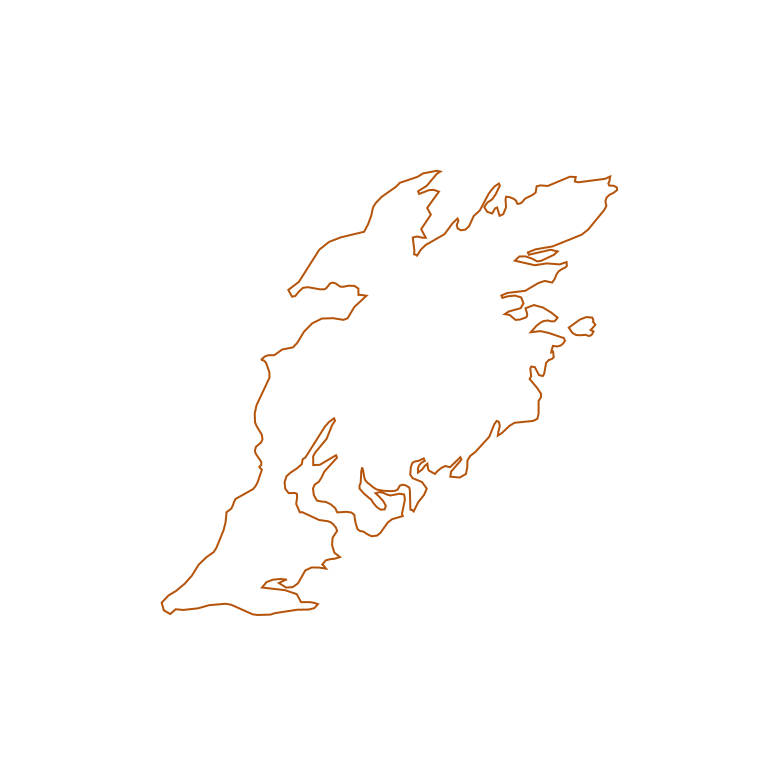 the County of Donegal, rotated 157°
{"feature_id": "IRL-729", "entity_name": "Donegal", "entity_type": "County", "adm_level": 1, "iso_a3": "IRL", "parent_name": "Ireland", "parent_adm1": "", "projection": "equal_earth", "projection_center": [-7.962, 54.925], "detail": "fine", "context": "isolated", "style": "outline", "palette": "amber", "viewbox_px": 768, "rotation_deg": 157, "n_neighbors": 0, "source": "natural_earth", "source_scale": "10m", "svg_char_len": 6061}
<svg xmlns="http://www.w3.org/2000/svg" viewBox="0 0 768 768"><g transform="rotate(157 384 384)"><path d="M579.3,327.4L573.2,329.0L570.5,331.4L568.1,334.1L565.5,336.2L545.5,338.4L541.8,340.4L538.7,343.0L529.9,352.8L531.2,356.2L530.4,356.9L528.7,357.3L527.4,360.1L529.3,370.0L528.9,373.2L526.7,375.8L526.2,376.3L520.0,378.2L517.5,380.5L516.3,385.1L517.7,395.0L517.7,399.1L514.5,407.4L509.6,414.3L486.9,434.6L484.9,439.8L484.3,449.5L485.3,452.4L487.0,453.8L487.0,454.6L482.9,455.9L479.6,455.8L473.7,453.4L464.3,455.5L453.5,453.3L447.9,455.7L437.0,463.5L426.3,467.9L415.6,468.5L405.2,464.5L396.3,458.9L391.9,458.7L381.2,466.5L365.6,472.1L370.8,475.2L372.7,476.0L370.3,481.9L372.9,485.9L378.1,488.3L383.5,489.4L386.2,490.7L389.3,495.6L391.8,497.5L394.4,497.6L399.3,494.9L401.7,494.4L406.0,496.2L416.1,502.8L421.0,504.2L426.3,502.3L431.2,499.7L434.5,500.3L435.3,508.0L422.4,511.3L391.1,532.9L379.0,536.3L366.7,535.9L342.8,531.9L336.2,537.3L329.8,544.1L325.9,549.8L324.3,551.5L320.7,553.9L313.0,557.2L296.2,560.8L290.5,563.1L290.2,563.1L289.5,562.9L272.1,561.6L265.7,562.6L252.0,559.6L249.1,557.5L253.1,556.9L267.3,549.7L277.4,548.1L277.4,545.2L267.0,544.9L262.4,543.3L258.3,539.6L275.5,529.2L274.7,521.6L289.3,512.0L288.4,502.3L291.8,503.8L294.0,505.6L296.4,507.0L300.3,507.6L303.9,495.0L305.6,491.7L304.6,490.8L304.3,490.7L304.1,490.5L303.4,489.2L297.4,493.4L291.2,495.7L269.7,498.3L258.2,505.1L251.7,507.6L251.7,505.2L255.0,501.8L255.4,498.3L253.2,495.5L248.7,494.3L244.0,496.0L235.9,503.5L227.9,506.4L213.2,518.3L208.9,520.8L204.5,522.8L199.9,523.6L199.9,521.2L207.6,514.6L212.4,511.7L218.3,510.5L222.6,507.6L221.7,502.1L217.8,498.7L213.1,502.3L210.9,502.3L211.9,493.7L207.9,493.7L202.6,499.0L200.0,506.4L198.4,508.7L195.1,506.7L192.1,503.6L190.7,500.9L191.0,499.1L190.7,497.6L188.2,497.0L186.1,497.3L182.8,499.0L180.9,499.6L173.3,500.0L169.6,501.0L166.2,506.4L162.2,505.6L155.9,502.3L132.1,502.2L126.6,499.6L129.2,495.8L126.2,493.7L100.3,486.5L94.7,486.6L95.8,485.1L96.5,483.7L97.4,482.4L99.1,481.0L99.1,478.6L95.0,476.7L92.9,474.0L93.7,471.4L98.0,470.3L102.6,470.0L106.3,468.6L108.8,465.7L109.7,461.1L113.3,458.1L135.7,446.4L143.7,444.2L175.2,444.8L191.7,448.7L200.2,448.9L200.2,446.4L178.2,442.5L172.4,438.2L177.2,436.5L191.3,436.0L195.0,437.0L198.9,441.7L203.9,446.2L209.6,448.5L215.4,446.4L198.8,434.4L187.0,431.4L175.7,425.5L168.3,424.9L169.6,421.2L171.9,420.3L175.0,420.3L178.9,419.6L181.9,417.9L186.1,413.8L189.6,411.7L195.8,416.1L202.7,416.6L217.5,414.6L234.9,419.6L241.4,419.6L241.4,417.0L235.9,416.4L228.9,414.2L223.9,410.1L224.1,403.7L228.6,400.4L240.9,402.0L245.5,401.1L241.4,398.5L237.9,391.6L233.7,390.2L227.9,389.8L226.3,390.2L225.0,391.9L224.5,394.7L224.4,397.2L224.1,398.4L215.2,398.1L207.9,392.4L202.2,384.5L198.3,377.2L202.4,375.1L205.4,376.2L208.3,378.4L212.4,379.6L216.7,379.2L220.9,378.0L228.7,374.3L219.4,371.6L212.4,366.6L200.5,356.0L200.5,353.1L203.2,351.3L206.5,350.4L210.0,350.9L213.6,353.1L216.8,349.2L217.7,347.8L215.7,347.8L217.3,342.3L219.8,341.4L222.9,341.7L226.5,340.1L232.6,330.8L234.8,329.3L237.8,331.6L238.6,340.6L241.6,342.5L243.4,340.9L245.4,333.8L248.0,331.7L244.5,320.3L243.3,313.6L244.7,310.5L248.3,308.0L253.4,296.1L256.5,292.0L261.3,291.8L279.0,297.3L284.7,296.5L294.3,292.9L299.4,292.0L297.4,295.4L295.3,298.0L293.7,300.5L293.0,304.1L294.6,306.0L298.3,303.8L307.7,294.3L326.6,285.7L332.7,284.1L337.0,281.1L339.9,274.8L343.7,269.2L350.8,268.3L359.2,272.8L356.5,277.1L342.3,284.1L342.3,286.8L355.5,281.7L357.4,282.7L359.5,284.6L364.2,284.3L369.2,282.8L372.2,281.3L376.5,286.8L376.5,289.2L375.2,293.7L377.9,292.9L382.5,290.3L387.3,289.2L385.8,293.0L383.4,295.5L380.2,296.9L376.5,297.3L376.5,300.0L382.2,299.8L385.8,300.6L388.5,300.4L391.6,297.3L395.3,290.3L394.4,286.1L387.3,278.9L385.5,271.0L390.4,266.3L398.6,261.9L406.5,255.1L407.3,257.1L407.7,257.1L408.8,258.0L401.7,276.1L401.2,278.9L401.8,279.6L402.9,281.2L404.4,282.9L406.5,284.1L409.3,284.2L412.4,281.6L415.3,281.3L419.5,282.7L426.0,285.8L431.9,289.7L434.5,293.4L435.1,294.8L437.9,299.9L438.8,302.6L438.7,305.4L437.1,312.3L436.7,315.8L439.1,312.4L444.1,302.1L446.3,300.0L447.4,297.2L445.3,291.1L442.4,285.1L440.9,282.7L440.4,278.9L438.9,273.9L436.3,269.7L432.4,268.3L429.9,271.2L430.5,276.7L432.6,282.6L434.5,286.8L430.2,286.2L427.1,284.0L424.6,281.2L421.7,278.9L412.5,276.9L408.7,274.5L409.8,269.6L418.3,257.3L418.3,255.1L429.5,256.4L434.5,255.1L445.6,248.3L449.6,247.2L454.9,248.7L458.2,252.4L460.7,256.3L463.5,258.0L465.1,260.8L464.5,266.8L463.2,272.7L462.4,274.9L464.1,278.3L468.2,280.9L477.2,284.1L477.4,288.7L479.9,293.9L483.6,298.2L487.1,300.0L491.3,302.9L492.0,309.2L490.2,315.6L487.1,318.5L482.4,319.4L478.7,321.8L473.1,326.7L456.0,334.6L456.0,337.2L474.7,334.7L480.8,337.0L477.4,345.2L473.7,348.0L458.2,356.0L447.7,366.6L443.4,369.3L443.4,371.9L449.6,370.5L455.3,367.7L485.0,347.1L488.3,346.5L491.0,342.3L497.3,340.3L504.4,339.0L509.8,337.2L513.9,332.5L515.8,326.2L514.4,320.8L508.6,318.5L507.1,316.9L508.4,313.4L511.7,307.9L511.6,298.7L509.4,298.0L496.8,284.1L489.4,279.7L487.0,277.5L485.7,274.9L484.4,270.8L484.5,267.1L491.4,262.6L494.8,255.9L495.6,248.1L492.2,241.9L497.5,242.4L502.1,243.8L506.5,244.4L511.4,241.9L510.6,240.6L510.3,239.8L510.1,238.7L509.5,236.7L515.7,240.5L522.3,243.4L529.2,243.2L541.1,234.1L547.4,232.7L553.7,234.9L558.5,241.9L551.9,242.2L549.8,241.9L555.8,245.1L562.7,247.3L569.6,247.5L575.8,244.3L555.8,233.0L546.4,224.6L545.6,215.6L537.3,212.1L533.6,209.7L530.8,207.2L535.8,204.9L541.4,205.8L552.0,210.1L573.5,215.6L578.6,216.1L590.7,220.8L594.9,223.3L611.0,240.6L615.7,243.6L631.3,248.7L643.0,250.2L657.2,254.5L663.7,258.0L670.7,255.8L675.1,261.7L674.1,269.6L664.8,273.6L656.1,274.8L645.6,278.0L635.8,282.6L625.2,290.1L615.0,294.0L606.5,295.8L602.4,298.6L588.7,312.2L583.9,318.6L579.9,325.8L579.3,327.4ZM179.2,350.5L184.1,352.1L188.0,354.0L190.6,357.4L191.9,363.7L178.3,366.8L171.4,366.5L166.3,363.7L166.3,361.3L167.1,359.6L167.3,359.5L167.0,359.0L166.3,356.0L171.0,353.6L172.7,353.1L172.1,352.1L171.1,351.1L170.6,350.5L173.3,348.3L175.6,347.8L177.4,348.7L179.2,350.5Z" fill="none" stroke="#b45309" stroke-width="2"/></g></svg>